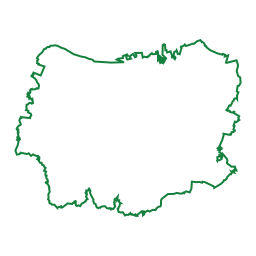 Kota Semarang, Jawa Tengah, Indonesia
{"feature_id": "22746128B5783483209745", "entity_name": "Kota Semarang", "entity_type": "district", "adm_level": 2, "iso_a3": "IDN", "parent_name": "Indonesia", "parent_adm1": "Jawa Tengah", "projection": "mercator", "projection_center": [110.384, -7.023], "detail": "fine", "context": "isolated", "style": "outline", "palette": "green", "viewbox_px": 256, "rotation_deg": 0, "n_neighbors": 0, "source": "geoboundaries", "source_scale": "gbopen_adm2", "svg_char_len": 5753}
<svg xmlns="http://www.w3.org/2000/svg" viewBox="0 0 256 256"><path d="M200.4,40.1L196.9,41.3L193.9,43.9L193.1,43.6L186.0,46.0L184.8,44.5L183.5,46.0L181.1,46.5L180.9,47.2L181.5,48.0L179.7,54.2L178.8,53.6L177.7,54.0L176.6,50.2L176.0,51.2L174.4,51.8L173.6,55.1L172.7,54.8L175.3,57.2L175.5,57.8L174.8,59.2L172.5,56.3L172.0,57.1L171.8,56.7L172.1,55.7L170.5,51.3L167.2,52.5L166.4,50.0L165.4,50.2L165.0,44.7L164.2,44.3L163.4,45.2L162.7,45.2L162.5,54.8L166.1,58.3L165.2,59.7L161.1,57.4L159.4,55.6L158.9,55.7L158.8,57.1L160.3,59.1L161.6,59.9L162.0,59.5L161.8,60.2L164.3,61.5L163.2,63.3L161.2,62.1L160.7,62.8L160.4,62.6L160.8,61.8L160.3,60.3L159.5,60.1L159.4,61.0L158.5,59.0L158.0,59.7L158.0,52.3L157.5,51.2L156.0,52.0L155.9,54.0L152.7,54.2L152.1,54.1L151.8,53.2L149.7,54.8L149.5,55.7L147.5,56.6L147.6,57.2L147.1,57.3L144.1,56.7L142.7,57.5L141.9,52.8L135.3,53.0L136.5,55.8L136.2,56.7L135.0,57.2L133.0,53.9L129.5,56.5L131.0,58.6L127.4,59.5L126.9,59.2L126.2,56.5L126.8,55.8L127.9,55.7L127.1,54.4L122.9,56.1L122.9,58.1L118.0,58.7L116.7,59.6L124.0,62.2L111.3,62.6L94.2,61.5L92.5,59.7L88.8,58.8L85.0,57.2L81.8,56.7L73.6,54.2L64.9,48.9L60.9,47.6L57.8,45.9L55.4,45.4L50.4,45.8L49.4,47.1L47.8,47.0L46.4,47.7L45.8,48.7L44.0,49.2L42.3,52.2L39.0,55.1L36.9,58.1L38.2,59.3L37.2,60.6L37.5,60.9L37.0,63.1L38.7,63.7L38.4,64.5L44.5,66.5L40.7,75.5L33.5,72.6L32.7,74.5L33.4,74.8L33.0,75.8L31.7,75.5L31.4,76.1L34.8,78.3L36.4,80.4L37.2,82.6L38.5,84.0L39.0,85.5L38.5,88.4L37.5,88.7L36.8,88.2L35.1,89.3L31.9,89.5L31.8,88.9L30.7,89.3L30.0,90.4L30.5,91.9L30.0,92.9L28.1,92.6L27.5,93.8L29.1,94.2L29.4,95.6L28.0,95.3L27.3,96.6L28.9,97.1L29.3,98.8L30.4,97.9L31.8,99.9L32.4,99.2L33.0,103.0L31.8,103.7L30.9,102.9L29.4,102.9L27.9,104.4L26.6,104.8L26.3,106.9L26.8,108.6L26.0,110.1L28.4,110.8L28.1,112.4L30.8,113.7L31.3,115.5L30.2,116.7L30.1,118.1L22.0,117.2L21.6,117.8L20.9,117.1L19.7,119.4L19.4,120.5L20.8,124.4L20.3,125.2L18.8,125.6L17.0,128.0L18.0,129.3L17.0,129.5L18.4,131.3L17.7,132.2L17.8,133.0L18.4,133.1L18.0,134.0L18.6,136.5L17.7,136.7L17.9,137.3L17.4,137.8L18.1,138.3L19.6,138.2L19.9,139.4L19.4,139.8L17.8,139.3L17.1,139.8L18.4,141.0L18.5,141.8L17.7,145.4L15.4,150.5L16.9,154.6L19.7,154.1L20.6,152.7L26.8,154.0L28.7,153.3L31.1,155.9L33.1,154.4L36.1,155.9L37.9,155.8L39.4,157.4L39.3,158.2L38.6,157.5L37.7,158.0L37.2,159.3L39.0,160.2L39.0,161.3L40.2,162.8L41.6,162.8L42.1,164.8L43.5,165.1L44.4,167.0L45.6,168.0L44.0,170.8L46.1,171.6L45.4,173.4L45.5,175.5L46.6,175.7L46.2,177.3L46.7,178.9L47.6,179.7L47.9,181.9L46.3,181.9L45.8,182.7L47.4,183.8L49.0,186.0L48.8,186.8L49.4,187.5L49.1,188.3L49.7,191.9L48.3,194.4L48.6,198.1L48.0,199.1L49.5,201.0L49.2,201.7L49.6,203.3L50.8,203.5L52.0,204.6L54.4,204.7L57.4,208.0L57.5,207.5L61.1,206.3L61.3,208.4L61.6,207.5L62.5,207.3L67.7,203.4L72.2,204.0L72.6,203.1L74.0,202.8L74.4,201.4L75.5,201.1L75.9,201.8L75.6,204.3L76.1,205.5L76.9,206.0L78.5,205.4L80.2,206.1L81.7,203.7L85.7,201.4L85.7,200.3L87.6,199.1L86.0,196.6L86.9,194.6L85.5,192.9L85.9,192.1L86.6,192.4L86.4,190.4L88.1,190.6L88.8,190.1L88.8,187.8L90.4,190.9L90.0,192.6L90.9,195.1L93.5,199.7L93.2,200.9L94.2,203.5L95.5,204.0L96.7,207.3L98.3,208.2L99.2,207.6L100.3,207.7L100.5,207.1L102.1,206.5L104.3,206.2L105.4,206.5L106.7,208.1L108.9,208.6L109.7,208.0L110.2,208.2L111.6,210.3L111.1,209.1L111.4,208.5L113.1,209.0L115.1,206.6L114.8,204.8L114.3,204.5L114.7,202.7L114.1,202.4L115.1,200.5L114.5,200.0L115.0,198.7L116.3,198.5L117.7,196.6L117.3,200.1L117.6,199.8L118.3,200.7L119.1,200.4L119.0,201.8L120.7,203.2L120.0,203.2L119.5,206.2L118.4,207.5L118.4,208.7L117.7,209.0L118.6,212.0L121.0,212.5L122.7,212.2L125.1,215.5L126.1,214.9L128.3,214.9L129.1,214.0L129.8,214.3L130.3,213.3L130.7,214.1L131.8,214.0L131.9,214.7L134.3,215.0L135.4,214.3L136.1,215.0L135.7,215.8L137.5,215.9L137.3,214.9L141.6,211.3L142.6,211.2L143.1,211.5L142.5,213.1L143.0,213.9L143.0,215.2L144.2,214.3L143.8,213.3L144.6,212.8L144.5,211.6L145.6,211.9L147.7,210.6L149.6,211.6L152.5,209.9L155.6,210.0L156.4,208.5L158.4,206.8L160.5,206.4L161.0,205.0L161.1,200.2L161.6,199.0L168.0,194.0L173.3,194.0L177.0,192.9L179.2,193.5L182.4,193.5L183.3,192.6L184.2,193.2L185.2,191.8L186.3,191.4L189.7,192.4L191.4,188.7L191.9,181.6L196.6,182.2L199.2,181.9L202.1,182.7L202.5,181.7L204.8,182.1L213.2,186.1L214.1,186.9L214.2,187.9L220.9,183.9L223.5,181.5L223.8,180.3L225.3,180.1L227.0,178.1L227.2,177.1L230.0,174.1L231.0,174.3L231.9,172.7L231.2,171.4L232.1,171.8L232.9,171.0L232.6,172.1L234.0,172.5L233.4,171.7L233.6,170.5L234.9,170.7L235.4,170.0L236.4,170.4L236.3,169.7L235.4,169.1L235.0,166.7L231.3,166.7L229.9,165.3L227.4,163.8L226.9,162.9L227.4,160.6L226.9,158.9L222.8,154.0L221.7,158.8L219.7,160.2L217.8,160.2L217.4,161.0L217.1,160.4L217.6,159.4L217.3,157.2L219.2,156.5L219.3,155.1L221.1,155.4L220.5,156.5L220.9,157.1L221.4,157.1L222.1,156.0L221.5,153.5L219.3,152.4L219.9,150.7L218.9,150.3L220.2,149.6L218.6,149.3L217.6,148.3L218.3,147.8L221.1,147.8L219.4,146.2L222.2,140.2L223.6,135.4L223.5,133.7L229.8,134.9L230.2,134.2L231.1,134.4L231.6,132.2L233.6,131.9L234.1,130.8L234.7,130.8L234.7,130.4L234.1,130.5L233.4,129.6L234.5,126.1L233.5,125.8L235.0,121.6L236.3,122.2L239.1,120.1L238.3,119.7L238.8,118.8L238.3,117.9L239.2,116.2L234.1,113.2L234.4,111.9L233.7,111.6L232.8,112.6L231.5,112.4L229.8,111.8L229.7,110.9L229.0,110.5L227.7,110.9L226.4,110.0L227.8,108.5L229.2,105.6L230.4,105.7L230.4,105.1L231.2,104.8L232.7,101.2L233.6,100.7L234.0,99.2L235.1,98.4L236.7,98.4L237.1,99.0L237.0,95.6L238.4,92.3L236.8,91.4L237.6,86.0L239.1,85.7L240.6,82.8L240.2,77.4L238.2,76.1L236.7,71.1L238.1,65.3L236.5,60.3L226.9,62.8L226.0,62.6L228.1,55.4L224.8,56.5L225.2,54.9L223.6,54.1L222.8,53.9L222.5,54.7L217.4,53.4L210.2,50.2L206.3,47.1L206.3,46.2L204.7,45.6L204.9,44.7L203.6,42.8L202.0,41.7L201.7,42.0L200.4,40.1Z" fill="none" stroke="#15803d" stroke-width="2"/></svg>